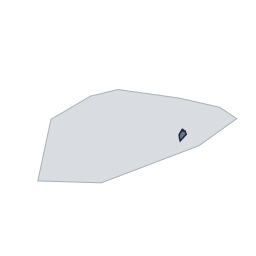 Chassin/Babonneau, Dauphin, Saint Lucia shown in context, rotated 67°
{"feature_id": "8701671B17247677679787", "entity_name": "Chassin/Babonneau", "entity_type": "district", "adm_level": 2, "iso_a3": "LCA", "parent_name": "Saint Lucia", "parent_adm1": "Dauphin", "projection": "natural_earth1", "projection_center": [-60.929, 13.991], "detail": "fine", "context": "in_parent", "style": "filled", "palette": "slate", "viewbox_px": 256, "rotation_deg": 67, "n_neighbors": 0, "source": "geoboundaries", "source_scale": "gbopen_adm2", "svg_char_len": 719}
<svg xmlns="http://www.w3.org/2000/svg" viewBox="0 0 256 256"><g transform="rotate(67 128 128)"><path d="M168.0,174.1L141.5,231.7L89.9,195.5L84.0,150.0L88.6,122.4L120.1,69.8L144.7,35.6L161.9,24.3L172.0,69.7L168.0,174.1Z" fill="#d9dde1" stroke="#a8b0b8" stroke-width="1"/><path d="M153.0,76.7L153.0,76.8L152.9,76.9L152.9,77.0L152.8,77.3L152.7,77.4L152.7,77.5L152.6,77.8L152.5,78.0L152.4,78.2L152.4,78.3L152.2,78.2L151.9,78.2L151.8,77.9L151.7,77.8L151.5,78.0L151.4,78.1L151.2,78.1L150.9,78.0L150.7,78.1L150.5,78.3L150.6,78.5L150.6,78.8L150.6,79.0L152.6,81.2L152.6,81.3L152.4,81.4L154.3,83.6L157.6,84.6L160.3,85.0L157.2,78.3L156.8,77.4L156.7,76.9L153.0,76.7Z" fill="#64748b" stroke="#1e293b" stroke-width="1.5"/></g></svg>